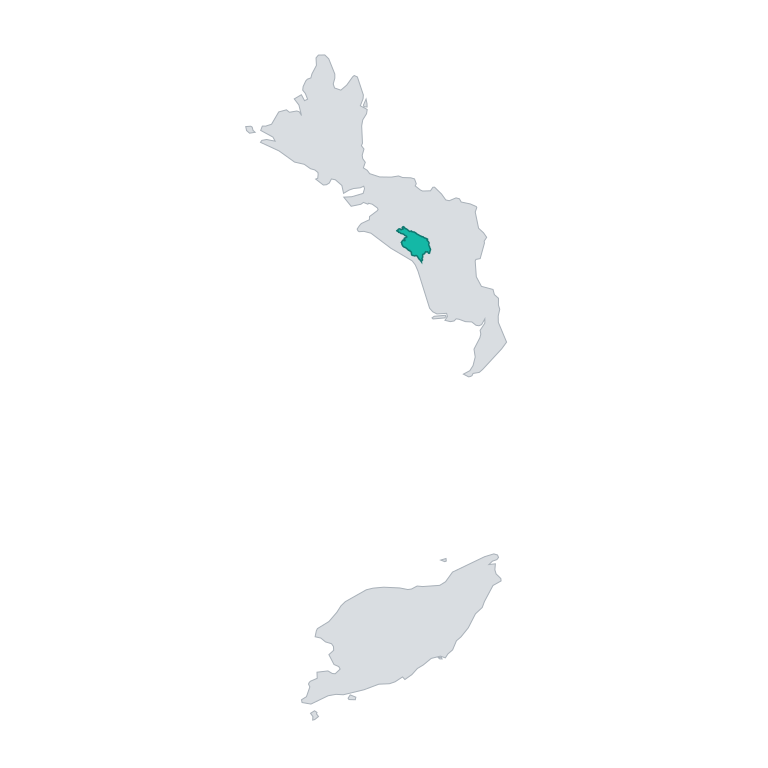 location of Sebauh, Sarawak, Malaysia, rotated 267°
{"feature_id": "92858781B11810319562085", "entity_name": "Sebauh", "entity_type": "district", "adm_level": 2, "iso_a3": "MYS", "parent_name": "Malaysia", "parent_adm1": "Sarawak", "projection": "robinson", "projection_center": [113.621, 3.14], "detail": "fine", "context": "in_parent", "style": "filled", "palette": "teal", "viewbox_px": 768, "rotation_deg": 267, "n_neighbors": 0, "source": "geoboundaries", "source_scale": "gbopen_adm2", "svg_char_len": 6874}
<svg xmlns="http://www.w3.org/2000/svg" viewBox="0 0 768 768"><g transform="rotate(267 384 384)"><path d="M659.0,381.6L654.8,380.7L648.9,376.6L642.9,375.2L625.6,375.1L623.1,373.9L619.7,376.3L613.6,374.2L610.2,374.5L606.4,376.9L600.9,374.7L598.3,378.4L594.8,380.7L591.0,390.5L590.2,402.2L591.0,409.4L589.2,413.4L588.5,421.6L587.2,425.2L582.3,426.7L580.2,425.5L575.8,430.5L574.7,432.6L574.5,440.5L577.9,443.1L577.9,444.8L570.7,451.4L564.6,455.3L563.6,458.7L566.1,465.7L565.0,469.0L561.7,470.6L559.3,479.6L556.4,485.4L555.3,485.9L551.0,484.1L534.6,486.6L529.8,491.3L525.1,494.2L521.4,491.5L519.5,491.7L504.2,486.6L503.6,482.3L502.1,481.5L486.2,481.8L476.4,486.4L472.7,497.8L467.5,498.9L463.6,502.8L456.8,502.4L452.6,503.5L445.9,501.6L439.6,501.4L419.4,508.6L413.0,503.4L393.3,483.2L390.6,479.7L389.9,473.5L387.7,472.3L387.0,470.7L386.7,468.9L389.7,463.8L392.8,470.4L397.7,473.9L406.2,476.5L414.1,475.7L425.2,482.2L428.8,483.3L432.6,482.8L439.5,487.9L443.8,488.1L438.2,484.6L437.2,481.9L437.8,479.0L441.4,474.9L442.0,468.6L444.7,462.4L445.3,459.5L443.3,457.3L442.8,453.5L444.4,448.2L448.1,450.9L451.3,450.2L451.2,440.5L453.6,436.4L457.3,433.5L495.1,423.8L501.3,421.5L505.5,418.6L519.1,398.1L535.3,378.8L537.5,371.9L537.4,367.1L538.3,366.0L540.1,365.3L543.6,367.9L545.5,369.8L548.8,378.0L552.0,378.3L557.3,386.2L558.5,387.2L560.1,386.7L564.2,381.6L565.3,377.9L564.4,377.3L566.4,373.0L564.7,370.3L563.2,360.5L572.7,353.6L572.7,361.6L575.4,373.1L580.1,374.8L582.6,374.1L581.2,370.6L580.8,363.8L579.5,359.3L576.5,353.6L584.5,352.3L590.5,346.1L591.5,342.2L587.6,339.9L586.0,337.0L585.9,333.8L592.2,326.5L592.9,328.6L596.8,329.2L598.7,329.1L601.4,326.1L602.8,321.9L607.6,315.8L610.3,306.3L622.3,291.3L631.8,273.3L633.7,274.8L634.3,279.6L632.2,288.0L636.4,286.0L643.7,274.1L647.9,276.0L647.7,279.3L649.3,285.3L661.2,293.1L662.9,300.9L660.3,303.8L661.2,311.2L660.3,313.6L656.4,315.7L667.1,313.6L673.4,309.3L677.2,316.6L671.1,319.5L672.4,322.6L678.2,320.7L681.7,318.2L685.2,318.8L690.7,321.7L692.4,323.4L693.5,327.0L697.5,328.3L705.7,333.2L713.2,333.2L715.9,335.7L715.7,342.1L711.7,345.8L696.1,351.1L692.0,350.9L686.3,349.0L682.2,350.1L679.7,356.3L684.4,362.4L692.4,368.8L693.6,370.4L692.0,373.5L673.7,378.5L669.9,378.0L663.1,374.9L659.0,381.6ZM68.2,294.3L70.2,285.5L73.0,285.1L75.8,290.2L85.4,294.1L88.3,292.9L89.7,293.6L91.0,294.9L93.6,301.9L99.7,302.0L100.4,313.0L97.6,317.2L97.2,320.1L101.6,325.3L104.2,324.0L106.5,319.4L116.6,314.8L120.7,319.8L124.5,319.8L127.4,318.0L129.5,312.1L133.6,307.6L135.2,302.0L141.0,303.5L143.2,304.7L149.7,316.6L158.4,324.9L164.8,329.5L168.7,334.0L179.4,355.5L180.7,362.4L181.1,373.0L179.5,389.0L177.5,397.0L177.8,400.7L180.5,406.5L179.7,412.0L180.0,429.1L183.3,435.1L192.6,442.6L206.3,475.5L208.6,484.8L207.3,488.4L204.8,489.3L202.7,487.5L201.4,483.0L198.2,479.3L198.6,485.8L192.6,485.0L188.5,486.0L183.6,490.5L181.2,490.6L177.1,482.3L161.5,472.9L155.7,470.4L149.7,463.3L136.1,455.4L127.4,447.6L123.8,442.9L114.9,438.6L111.1,433.7L107.3,430.9L109.3,426.1L107.5,416.8L101.3,408.4L98.2,402.5L92.4,396.7L87.8,389.4L90.5,387.2L86.0,379.4L84.4,373.8L84.5,363.1L79.7,348.0L75.8,327.1L76.6,319.8L75.6,311.9L68.2,294.3ZM644.1,266.5L642.1,268.5L641.5,262.9L644.3,260.0L648.3,259.4L648.4,264.4L647.4,265.8L644.1,266.5ZM59.0,293.4L61.3,297.5L59.5,299.9L58.1,299.3L55.4,301.2L52.5,297.2L52.1,295.2L55.6,295.6L59.0,293.4ZM449.4,448.9L448.4,449.5L446.8,448.1L446.4,436.4L447.5,435.4L449.0,437.7L449.4,448.9ZM75.3,334.0L72.7,339.5L70.2,338.8L70.7,332.5L72.1,331.7L75.3,334.0ZM669.5,381.0L664.8,381.7L661.5,381.6L662.0,378.5L663.5,378.0L669.5,381.0ZM206.5,436.8L203.9,436.9L203.4,435.4L205.2,431.4L206.5,436.8ZM108.1,426.9L106.4,427.6L106.6,425.2L107.9,423.9L108.1,426.9Z" fill="#d9dde1" stroke="#a8b0b8" stroke-width="1"/><path d="M527.0,434.1L527.4,433.1L527.6,432.8L527.6,432.4L528.2,431.5L528.4,431.2L528.7,431.0L528.9,430.8L529.1,430.4L529.1,430.0L529.1,429.6L529.3,429.2L529.6,429.0L529.7,428.7L529.9,428.3L530.1,427.9L530.3,427.5L530.6,427.1L530.7,426.9L531.0,426.5L531.3,426.0L531.5,425.7L531.7,425.3L531.9,425.0L532.1,424.7L532.4,424.4L532.7,424.1L533.0,423.9L533.2,423.6L533.2,423.3L533.4,423.2L533.6,422.9L533.8,422.7L534.0,422.5L534.2,422.1L534.2,421.8L534.3,421.5L534.3,421.2L534.5,420.4L534.6,419.9L534.8,419.7L535.1,419.5L535.3,419.5L535.4,419.3L535.3,419.1L535.2,418.8L535.2,418.5L535.1,418.2L535.0,417.9L535.0,417.5L537.5,414.8L537.7,414.5L538.2,413.3L539.2,412.7L539.5,412.5L539.5,412.3L539.6,412.2L539.9,411.7L540.1,411.5L540.0,411.3L539.9,411.0L539.6,410.9L539.5,410.6L539.3,410.4L538.9,410.4L538.4,410.5L538.3,410.9L538.0,411.2L537.7,411.1L537.6,410.8L537.6,410.4L537.6,410.1L537.4,409.8L537.2,409.4L537.2,409.0L537.4,408.7L537.6,408.6L537.9,408.3L538.1,408.0L538.1,407.7L538.1,407.2L537.9,406.6L537.7,406.4L537.4,406.2L537.1,405.9L536.9,405.6L536.8,405.4L536.4,404.8L536.2,404.9L536.0,405.1L535.8,405.5L535.7,406.2L534.7,406.5L534.5,407.8L534.2,408.0L533.8,408.3L533.6,408.5L533.4,408.9L533.3,409.4L533.1,410.1L533.0,410.5L532.8,410.9L532.6,411.3L532.4,411.6L532.1,411.9L531.8,412.3L531.5,412.4L531.3,412.6L531.1,412.9L530.9,413.3L530.6,414.0L530.2,414.3L529.8,414.4L529.5,414.4L529.3,414.0L529.2,413.8L529.0,413.4L528.9,413.1L528.7,412.7L528.7,412.4L528.6,412.0L528.3,411.8L527.9,411.8L527.6,411.9L526.9,412.2L526.6,412.5L526.1,412.4L526.0,412.1L526.1,411.9L526.3,411.5L526.4,411.4L526.7,411.1L526.8,411.0L526.8,410.7L526.7,410.5L526.3,410.3L526.1,410.0L525.9,409.8L525.5,409.4L525.2,409.3L525.0,409.2L524.8,409.1L524.6,408.8L524.4,408.7L524.2,408.9L523.9,409.0L523.6,409.1L523.3,409.2L522.8,409.2L522.1,409.3L521.7,409.7L520.9,409.9L519.9,410.9L519.5,411.4L519.3,412.1L519.2,412.5L518.9,412.8L518.7,413.2L518.1,413.6L517.8,414.2L517.4,414.5L517.1,414.8L516.6,415.1L516.2,415.5L516.0,416.1L516.1,416.6L516.0,416.8L515.5,416.9L515.1,417.1L514.6,417.9L514.3,418.1L513.7,418.3L513.1,418.2L512.7,418.2L512.1,418.3L511.5,418.4L511.2,418.7L510.8,419.6L510.7,420.2L510.6,420.7L510.3,421.2L510.3,421.7L510.5,422.0L510.6,422.4L510.7,422.7L510.5,423.2L510.1,423.7L509.6,424.0L509.0,424.4L508.3,424.8L507.8,425.0L507.1,425.4L506.6,425.9L506.0,426.5L505.6,426.8L504.0,427.8L504.6,427.8L505.0,428.0L505.3,428.4L505.6,428.8L505.9,429.0L506.2,428.9L506.6,428.6L507.0,428.5L507.5,428.5L507.8,428.8L508.0,429.1L509.0,429.3L510.0,429.3L510.4,429.3L511.0,429.3L511.5,429.7L511.7,430.4L511.8,430.8L512.1,431.4L513.2,431.9L513.9,432.5L513.7,432.8L513.6,433.2L513.7,433.6L513.8,434.0L513.8,434.4L513.6,434.6L513.3,434.8L512.9,435.0L512.5,435.2L512.2,435.5L512.1,435.9L512.3,436.3L512.6,436.4L513.1,436.5L514.0,436.8L515.0,437.1L515.4,437.4L515.9,437.5L516.7,437.3L517.2,437.1L517.6,436.8L518.3,436.7L519.0,436.6L519.4,436.3L520.3,436.0L521.3,435.9L521.7,436.1L522.4,436.4L523.0,436.2L523.5,435.9L524.0,435.7L524.5,435.2L524.9,434.8L525.5,434.5L525.8,434.5L525.9,434.9L526.3,435.1L526.9,434.3L527.0,434.1Z" fill="#14b8a6" stroke="#0f766e" stroke-width="1.5"/></g></svg>